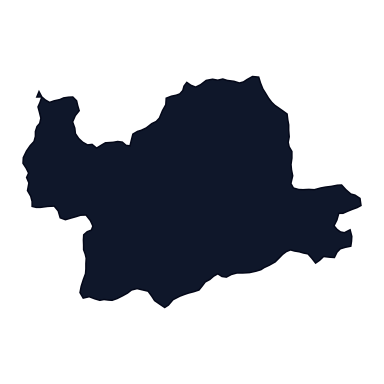 outline of Capitão Andrade, Minas Gerais, Brazil
{"feature_id": "56859067B3276419285071", "entity_name": "Capitão Andrade", "entity_type": "district", "adm_level": 2, "iso_a3": "BRA", "parent_name": "Brazil", "parent_adm1": "Minas Gerais", "projection": "natural_earth1", "projection_center": [-41.826, -19.051], "detail": "fine", "context": "isolated", "style": "filled", "palette": "ink", "viewbox_px": 384, "rotation_deg": 0, "n_neighbors": 0, "source": "geoboundaries", "source_scale": "gbopen_adm2", "svg_char_len": 2649}
<svg xmlns="http://www.w3.org/2000/svg" viewBox="0 0 384 384"><path d="M41.8,96.9L40.0,102.4L38.0,106.9L39.4,112.1L40.9,118.2L39.7,123.4L37.0,126.5L35.4,131.5L35.4,136.4L34.0,141.5L30.2,145.6L26.5,151.0L23.3,157.6L23.0,163.3L26.2,168.2L28.6,173.1L26.6,177.5L28.9,182.9L27.5,190.6L30.7,196.1L32.1,201.5L32.1,206.4L36.3,207.4L40.2,207.4L47.8,206.4L54.2,206.1L58.2,210.9L60.2,217.8L65.4,219.7L71.2,218.0L76.2,216.6L80.6,215.2L86.0,215.0L90.4,220.6L92.9,226.1L91.4,230.1L87.2,231.7L83.7,234.8L83.4,240.0L83.6,245.0L83.6,249.7L85.2,254.0L86.2,258.2L85.9,263.4L85.9,269.0L85.5,273.8L83.4,279.4L81.2,286.3L80.0,292.6L83.2,298.1L89.2,296.7L94.7,298.8L99.8,300.3L104.0,299.5L107.9,300.0L112.1,300.3L117.0,298.6L122.6,295.8L127.5,293.1L131.5,290.0L137.1,288.6L142.6,289.9L148.1,291.2L151.7,296.1L154.6,300.6L159.8,304.2L164.7,307.5L168.4,305.1L173.0,299.7L179.8,296.2L184.8,294.3L188.4,293.1L193.8,291.7L199.0,290.0L202.2,286.0L205.2,282.0L209.8,279.5L213.6,276.2L217.8,273.8L222.0,276.5L226.4,277.1L231.3,274.5L236.8,273.0L242.5,273.0L249.5,272.6L255.9,271.2L260.9,269.7L264.1,267.6L269.1,265.3L275.2,261.9L279.4,257.7L282.6,254.4L286.3,251.6L290.5,249.9L294.4,251.0L299.4,251.8L303.4,253.0L308.0,253.9L311.8,258.2L315.6,263.1L319.6,260.3L323.6,256.5L329.8,257.2L334.4,257.5L337.0,252.2L340.3,248.8L345.3,247.3L350.8,246.2L351.5,241.4L351.8,236.4L350.1,229.8L344.4,232.7L340.4,231.9L337.0,229.4L334.0,225.8L336.9,220.0L338.8,213.3L343.0,213.3L347.7,211.2L352.4,209.3L357.1,207.6L361.0,205.5L360.0,198.4L355.0,195.1L350.8,194.0L345.9,189.7L341.6,185.0L337.4,185.2L331.2,186.4L325.4,187.1L320.6,188.0L314.4,189.7L308.8,189.4L303.0,189.7L298.6,189.5L293.4,188.0L290.9,183.5L292.7,175.8L291.5,169.8L291.0,164.5L291.9,158.1L291.9,151.5L289.1,146.7L288.2,142.3L289.2,136.8L288.7,130.3L288.7,124.9L287.8,119.9L287.1,114.0L283.1,111.1L279.4,108.5L274.8,105.3L271.7,102.3L268.5,98.1L265.3,92.8L262.9,89.0L260.5,83.0L258.7,77.1L252.5,76.5L247.1,79.5L243.5,81.9L239.4,83.0L234.0,81.3L227.1,80.4L222.8,79.0L217.7,80.2L212.6,79.2L206.2,80.4L200.6,84.7L195.6,87.1L190.8,85.2L186.8,82.4L184.0,86.1L182.8,90.5L179.8,93.9L176.2,95.2L171.4,96.2L166.2,98.2L165.8,104.7L162.5,110.6L159.4,118.1L156.2,121.5L151.8,123.6L146.3,127.9L141.2,130.3L137.5,131.4L132.9,134.1L131.5,139.5L130.0,145.8L126.1,145.4L122.3,142.1L117.7,141.5L113.1,142.3L105.4,142.8L101.8,144.9L96.6,148.1L92.1,144.4L87.5,144.9L82.7,142.2L78.7,138.5L75.4,133.6L74.8,128.1L72.6,121.9L75.3,115.6L79.2,110.7L77.7,105.6L76.6,100.8L72.8,97.0L68.5,97.2L63.6,97.9L59.8,99.6L54.2,100.8L49.6,102.4L45.4,100.0L41.8,96.9ZM36.8,97.0L41.8,96.9L39.0,91.6L36.8,97.0Z" fill="#0f172a" stroke="#020617" stroke-width="1.5"/></svg>